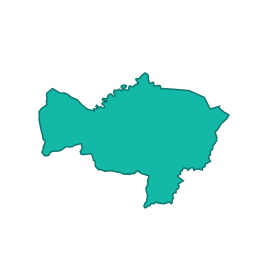 Misau, Bauchi, Nigeria, rotated 219°
{"feature_id": "59680162B30906229675123", "entity_name": "Misau", "entity_type": "district", "adm_level": 2, "iso_a3": "NGA", "parent_name": "Nigeria", "parent_adm1": "Bauchi", "projection": "mercator", "projection_center": [10.494, 11.386], "detail": "fine", "context": "isolated", "style": "filled", "palette": "teal", "viewbox_px": 256, "rotation_deg": 219, "n_neighbors": 0, "source": "geoboundaries", "source_scale": "gbopen_adm2", "svg_char_len": 4465}
<svg xmlns="http://www.w3.org/2000/svg" viewBox="0 0 256 256"><g transform="rotate(219 128 128)"><path d="M172.4,57.3L172.9,58.8L172.9,59.0L172.9,60.8L170.2,64.5L169.3,64.6L166.2,68.1L164.2,74.9L161.7,76.3L159.5,78.3L159.2,79.7L158.1,81.8L154.6,86.4L154.3,86.4L150.7,83.5L150.3,79.8L148.7,78.4L147.6,78.1L144.6,80.5L142.5,82.8L140.7,84.4L139.9,84.9L135.4,82.1L134.5,81.0L134.3,81.2L132.8,81.5L129.1,77.6L126.7,77.3L124.7,76.9L123.9,77.6L123.3,78.6L122.0,79.0L120.7,79.0L119.9,79.9L118.9,79.6L118.1,80.4L117.4,81.0L116.4,82.8L115.5,83.0L114.9,83.0L114.5,83.9L112.1,85.4L111.0,85.9L110.3,86.2L108.3,87.3L104.7,89.1L102.6,89.3L102.2,89.5L100.5,91.2L100.0,91.2L97.3,93.2L96.2,95.3L94.5,96.3L93.7,101.0L91.7,100.8L90.6,101.0L88.0,101.4L81.9,104.0L80.9,103.0L80.9,102.9L80.3,100.9L79.3,98.8L78.8,98.3L76.9,96.7L76.8,95.9L76.9,95.5L76.2,92.7L74.1,90.5L72.4,89.5L70.8,88.5L70.2,87.2L68.9,85.5L68.2,83.9L67.9,83.6L67.1,81.9L67.6,80.9L66.8,78.9L66.8,77.8L65.3,76.6L64.2,76.9L63.6,78.7L63.3,79.7L63.1,80.5L62.9,80.7L62.5,81.1L62.1,81.3L62.2,81.9L62.3,82.9L62.3,83.2L62.4,83.6L60.6,85.4L60.2,85.5L60.1,86.1L59.9,86.5L59.8,86.9L59.3,88.1L57.4,88.7L56.9,88.9L56.1,89.4L55.1,90.0L54.3,90.4L52.9,91.5L51.8,92.4L51.1,93.7L50.7,94.6L49.0,96.6L46.8,96.3L46.6,97.4L46.8,98.0L48.0,99.0L48.6,100.8L48.5,102.0L49.2,102.5L49.7,102.5L51.8,105.4L50.8,107.0L49.9,107.8L51.6,109.9L50.8,112.8L51.3,114.3L53.7,116.2L51.8,121.8L59.4,121.6L59.2,123.0L58.2,125.3L60.0,127.6L59.1,128.7L59.8,131.7L57.7,133.1L56.1,133.4L54.7,132.9L54.5,135.0L53.8,137.0L53.1,137.8L52.4,137.8L50.0,136.7L49.7,138.1L48.9,139.1L47.7,140.1L46.7,140.8L43.8,142.2L44.9,143.5L45.1,143.9L43.9,146.7L44.4,147.0L45.1,148.8L45.0,149.5L44.0,151.0L44.0,151.8L43.0,154.0L45.3,154.8L47.9,157.0L46.9,159.0L49.5,161.8L49.1,164.0L48.8,164.4L50.9,168.0L50.6,168.5L51.1,174.1L52.1,174.7L52.7,176.3L57.7,179.6L57.4,182.8L58.3,190.7L58.2,190.9L58.0,191.2L57.1,197.6L57.8,201.7L59.8,201.3L61.2,201.3L63.1,200.8L65.4,200.7L66.9,200.7L67.7,200.7L68.6,200.9L69.6,201.1L70.6,201.6L70.7,202.1L76.1,194.5L88.0,199.8L91.3,198.9L94.3,198.1L98.5,197.0L104.2,195.4L114.9,188.2L126.0,180.4L127.3,179.3L129.4,181.0L130.3,180.8L131.8,179.6L132.6,178.7L133.3,177.4L134.6,176.9L134.9,177.6L135.7,178.4L136.1,179.0L137.3,179.3L137.8,178.9L138.1,178.0L138.4,177.1L139.1,176.3L139.7,176.4L140.4,176.9L141.1,177.4L142.0,178.0L142.8,178.7L143.6,179.6L144.3,180.5L145.3,181.2L146.5,182.0L147.1,181.9L148.0,181.8L148.3,181.7L149.1,181.6L149.6,181.1L149.9,179.0L150.3,177.8L150.4,176.5L150.5,175.2L150.2,174.1L150.6,173.1L151.3,172.4L152.6,171.4L152.6,170.8L151.9,170.4L151.2,170.1L149.6,169.8L148.8,169.6L148.1,169.4L148.0,168.8L148.1,168.2L148.7,168.2L148.9,167.6L149.3,166.5L149.7,165.4L150.0,164.3L149.8,163.5L150.2,163.0L150.6,162.6L151.5,162.2L152.7,162.1L153.2,161.4L153.2,160.6L152.7,160.0L152.3,159.2L151.7,158.4L151.8,157.2L152.5,156.8L153.2,156.5L154.2,156.2L155.0,156.0L155.7,156.4L155.8,157.2L155.5,158.3L155.5,159.0L155.5,159.4L155.9,159.8L156.8,159.6L157.6,159.0L158.6,158.4L159.1,157.6L159.5,156.6L159.2,155.7L158.5,155.3L157.4,155.2L156.7,155.2L156.2,154.7L156.1,154.4L156.2,153.7L156.7,152.9L157.7,152.8L158.5,152.9L159.3,152.5L159.7,151.5L159.9,150.6L160.4,150.0L161.3,149.7L162.4,148.9L162.2,148.5L162.0,148.2L161.8,147.4L161.8,147.0L161.4,146.3L160.7,146.2L159.9,146.0L159.2,145.6L158.6,144.3L158.9,143.6L159.6,143.4L160.3,143.6L161.0,143.7L161.6,143.8L162.2,143.8L163.0,143.4L163.9,141.8L163.8,140.9L163.7,140.0L163.0,138.9L163.1,137.7L163.4,137.0L164.1,136.4L165.0,136.0L165.6,135.7L166.1,135.1L165.9,134.2L165.4,133.7L164.2,133.8L162.8,135.0L162.2,135.7L161.6,136.0L161.1,135.9L160.9,135.2L161.4,134.3L162.3,133.4L163.2,132.5L163.7,131.4L163.6,130.7L163.0,130.2L162.1,130.1L160.6,130.3L160.0,130.1L159.6,130.0L159.3,129.2L159.5,128.4L160.1,127.7L161.3,127.5L162.2,127.4L162.9,127.1L163.0,126.4L163.4,125.3L164.3,125.2L165.0,125.7L166.0,126.3L166.6,126.0L166.7,125.2L166.5,124.7L165.7,124.1L164.8,124.1L164.2,123.7L164.3,123.0L164.8,122.2L166.1,121.8L166.6,121.4L166.4,120.9L165.7,120.4L165.2,120.0L164.9,119.7L165.8,119.7L171.2,117.1L178.3,116.9L181.6,117.4L185.2,118.0L191.6,116.1L196.2,116.2L199.6,115.1L202.2,112.7L204.1,112.2L211.5,111.1L213.0,104.2L211.9,102.2L209.0,99.4L208.2,97.4L206.1,95.2L205.6,95.0L207.5,88.7L207.3,84.5L205.7,83.1L202.2,78.5L194.6,72.0L189.7,68.5L186.7,65.7L183.9,65.8L181.7,59.5L180.8,58.9L179.7,55.0L178.2,54.6L175.5,53.9L173.1,55.8L172.4,57.3Z" fill="#14b8a6" stroke="#0f766e" stroke-width="1.5"/></g></svg>